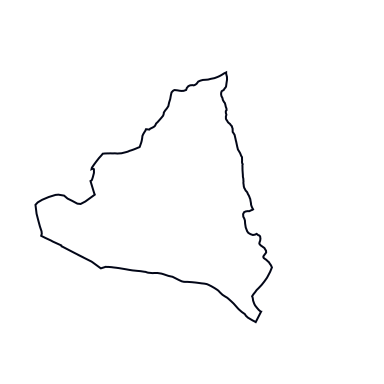 outline of Bonneterre, Gros Islet, Saint Lucia, rotated 303°
{"feature_id": "8701671B46527115488152", "entity_name": "Bonneterre", "entity_type": "district", "adm_level": 2, "iso_a3": "LCA", "parent_name": "Saint Lucia", "parent_adm1": "Gros Islet", "projection": "mercator", "projection_center": [-60.94, 14.069], "detail": "fine", "context": "isolated", "style": "outline", "palette": "ink", "viewbox_px": 384, "rotation_deg": 303, "n_neighbors": 0, "source": "geoboundaries", "source_scale": "gbopen_adm2", "svg_char_len": 5283}
<svg xmlns="http://www.w3.org/2000/svg" viewBox="0 0 384 384"><g transform="rotate(303 192 192)"><path d="M156.5,95.3L157.0,95.6L157.6,96.5L157.7,97.3L154.9,99.2L154.2,99.5L150.6,100.7L148.4,101.3L147.2,101.5L145.9,100.9L137.9,110.4L136.8,111.9L125.9,107.7L121.3,105.1L119.8,102.2L119.3,96.2L118.7,91.2L119.3,86.7L117.0,81.4L115.2,79.1L109.8,74.6L103.9,70.6L99.3,68.3L96.0,67.7L89.1,73.5L84.5,78.5L80.2,83.3L77.1,87.2L75.1,88.8L73.3,89.3L73.1,89.4L73.6,93.9L74.5,100.2L74.6,102.1L76.0,111.5L75.4,112.2L75.6,113.3L75.9,116.4L76.9,126.7L78.0,136.9L77.2,130.2L78.9,145.5L78.9,146.6L78.6,152.0L78.3,157.1L78.5,157.3L79.5,158.1L80.8,159.2L82.2,160.3L82.9,161.6L83.8,163.0L84.4,164.1L85.3,165.8L85.8,166.9L87.3,169.9L87.9,171.2L88.3,172.0L89.3,174.3L91.3,178.9L92.3,181.3L93.0,182.9L93.4,183.8L94.0,185.1L95.4,187.8L95.8,188.6L97.4,191.6L97.7,192.2L99.3,195.8L99.6,196.3L99.8,196.9L100.1,198.2L100.4,199.1L102.6,203.3L103.4,204.3L104.1,205.4L105.2,207.0L106.9,210.8L107.5,212.8L108.8,217.9L109.7,220.3L109.8,220.6L110.1,221.3L110.3,221.9L111.1,229.2L111.5,232.0L111.7,232.6L112.3,234.2L114.3,237.4L116.3,241.0L118.1,244.5L120.2,248.9L120.7,250.0L121.8,252.1L122.6,254.0L122.8,254.5L123.0,255.5L123.2,256.8L123.3,257.8L123.5,259.4L123.7,263.2L123.7,264.3L123.7,265.0L123.7,266.6L123.6,267.8L123.5,268.3L123.0,270.3L122.5,273.0L122.4,273.5L122.4,275.0L122.4,276.8L122.5,279.0L122.3,280.7L121.7,284.5L121.1,287.7L119.3,294.2L119.0,295.7L118.5,299.2L118.4,302.7L117.9,303.9L117.6,304.5L117.4,305.4L117.4,305.8L117.3,306.1L117.1,307.1L117.1,307.6L117.3,312.8L117.5,314.5L117.6,316.3L129.2,315.1L129.1,314.9L129.1,314.6L129.3,313.4L129.4,312.6L129.5,312.0L129.6,311.8L130.1,310.0L130.6,308.5L131.0,307.3L131.3,306.5L131.5,306.2L132.2,305.0L133.8,302.9L134.3,302.3L135.6,301.2L136.1,300.7L136.7,300.1L136.9,299.8L137.3,299.2L139.7,299.2L142.5,299.5L144.9,299.6L147.6,300.2L152.0,301.0L156.2,301.4L160.8,301.6L163.3,301.4L167.6,301.0L170.7,300.4L172.3,300.1L172.7,299.4L173.0,299.0L173.9,297.4L174.0,296.9L175.0,294.7L175.1,294.3L175.1,293.6L175.2,293.2L175.3,292.7L175.4,292.4L175.4,292.0L175.5,291.4L175.6,291.1L175.6,289.6L175.7,288.5L175.7,288.2L176.0,287.6L176.5,287.1L176.8,287.0L177.3,286.9L179.5,287.0L180.2,287.1L180.8,287.1L181.7,287.1L182.6,286.4L182.8,286.3L183.2,285.9L183.4,285.3L184.1,283.9L184.4,283.4L184.5,282.9L184.5,282.1L184.6,280.1L184.6,279.0L184.9,277.8L184.9,277.4L185.5,276.5L185.9,276.3L187.1,275.9L188.2,275.7L189.3,275.2L190.3,274.7L190.8,274.2L191.5,273.7L191.8,273.3L192.0,273.0L192.1,272.4L192.2,272.1L191.9,271.3L191.9,271.0L192.0,269.9L192.1,269.0L190.6,268.1L189.1,266.5L188.5,264.0L188.4,261.5L189.1,259.7L191.5,256.4L194.5,253.7L196.9,251.9L198.2,250.3L199.2,248.5L201.3,246.9L203.5,246.7L204.9,247.6L206.2,249.0L207.1,250.5L208.8,251.5L210.0,252.4L210.7,252.7L211.2,251.8L211.5,251.2L212.3,250.0L212.9,249.2L213.6,248.4L214.2,247.9L214.5,247.8L215.3,247.0L217.0,245.4L217.8,244.7L218.3,243.9L218.7,243.4L219.0,243.0L219.3,242.6L219.9,241.7L220.8,239.9L221.8,238.5L222.1,237.6L222.4,236.3L222.9,235.4L223.5,234.4L223.8,233.7L224.9,232.4L225.8,231.7L226.5,231.1L227.4,230.3L227.8,230.0L228.8,229.5L230.1,228.5L230.9,228.0L231.8,227.1L232.5,226.4L234.1,225.3L235.4,224.3L237.8,222.5L239.1,221.6L240.5,220.7L241.3,220.1L242.1,219.6L242.9,219.4L243.2,219.0L243.4,218.5L243.8,218.1L244.5,217.5L245.3,217.1L245.9,216.7L246.9,216.0L248.1,215.2L248.4,215.0L248.6,214.7L248.7,214.4L249.2,213.4L250.1,212.2L250.9,211.0L251.0,210.8L251.7,209.4L252.7,207.3L253.5,206.5L254.5,205.4L257.5,202.4L258.4,201.5L258.9,200.9L260.2,199.6L263.1,196.6L263.2,196.4L263.5,195.8L263.9,194.8L264.2,194.4L264.4,193.6L264.8,193.2L265.6,192.7L266.3,192.2L266.5,192.0L267.0,191.8L267.4,191.4L268.0,190.5L268.5,190.0L268.9,189.6L268.9,189.3L269.1,188.6L269.4,187.7L269.7,187.0L269.8,186.5L269.9,185.2L270.1,184.2L270.3,183.8L270.7,183.0L271.2,182.0L271.3,181.5L271.8,180.7L272.0,180.5L273.8,179.3L275.5,178.8L276.7,177.4L277.6,176.7L278.4,176.3L279.5,176.4L280.8,175.4L281.9,173.9L283.4,172.4L284.5,171.1L284.9,169.9L285.8,168.1L286.4,167.3L287.3,166.5L288.5,164.4L289.9,163.1L291.2,162.4L292.6,162.0L293.7,162.4L294.6,163.0L296.9,163.0L297.8,163.2L299.0,163.1L302.4,161.5L305.3,160.2L307.6,158.6L309.8,156.2L310.9,155.5L309.1,154.4L307.6,153.7L306.1,153.0L304.1,151.9L302.4,150.8L299.7,148.8L297.1,146.1L295.1,144.3L293.7,142.5L291.9,140.1L290.0,138.4L288.0,137.1L285.2,136.9L283.7,136.3L282.4,135.4L281.9,134.2L280.5,132.4L278.8,131.3L276.4,131.0L274.4,131.5L272.3,129.9L271.0,128.1L270.1,126.3L269.4,124.6L268.2,122.2L267.9,121.7L266.6,121.0L264.4,120.6L261.4,121.7L258.1,123.1L254.5,124.1L251.1,125.4L248.4,125.4L245.8,125.1L243.3,125.1L242.2,125.7L240.3,126.2L238.3,126.0L236.0,125.7L231.9,125.1L229.9,124.6L228.7,124.8L227.1,124.9L225.6,124.4L224.0,123.5L222.2,122.4L221.1,122.2L219.6,119.2L219.4,119.2L219.2,119.3L218.1,119.5L216.7,119.5L215.8,119.5L213.8,119.6L212.0,119.9L210.0,120.9L207.6,121.9L205.8,122.5L201.3,123.6L201.0,123.5L199.6,122.5L197.4,121.0L196.0,120.0L195.2,119.4L193.8,118.3L192.5,117.2L191.2,116.4L190.1,115.5L188.9,114.4L187.4,113.0L186.1,111.8L184.7,109.9L183.7,108.6L182.4,106.2L181.4,104.8L179.9,102.4L178.6,100.5L176.9,98.0L175.5,96.3L173.5,96.1L169.8,95.5L165.0,95.1L161.8,94.9L157.8,94.8L156.5,95.3Z" fill="none" stroke="#020617" stroke-width="2"/></g></svg>